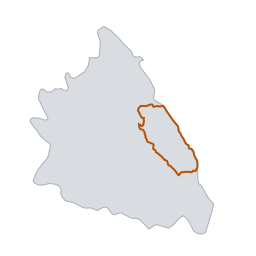 location of West Bosnia within Bosnia and Herzegovina, rotated 190°
{"feature_id": "BIH-2224", "entity_name": "West Bosnia", "entity_type": "Canton", "adm_level": 1, "iso_a3": "BIH", "parent_name": "Bosnia and Herzegovina", "parent_adm1": "", "projection": "orthographic", "projection_center": [16.924, 43.992], "detail": "fine", "context": "in_parent", "style": "outline", "palette": "amber", "viewbox_px": 256, "rotation_deg": 190, "n_neighbors": 0, "source": "natural_earth", "source_scale": "10m", "svg_char_len": 3439}
<svg xmlns="http://www.w3.org/2000/svg" viewBox="0 0 256 256"><g transform="rotate(190 128 128)"><path d="M211.7,58.4L212.2,60.0L211.2,65.6L209.3,71.5L206.0,77.8L202.5,83.7L201.6,86.8L201.5,91.7L201.2,95.6L201.7,97.7L203.0,99.6L207.0,101.1L212.6,104.8L217.4,109.7L223.5,115.2L225.4,117.3L225.5,119.6L223.8,121.4L218.7,122.2L213.4,121.8L211.4,121.3L209.5,122.0L208.4,123.4L209.0,124.9L214.7,131.7L221.3,141.5L221.8,145.8L221.1,149.2L219.7,151.6L217.1,151.3L215.0,149.5L212.0,149.7L209.6,150.3L206.6,154.0L205.1,153.9L202.4,154.5L200.8,155.3L198.1,154.3L195.3,153.7L194.1,154.8L193.7,156.9L195.5,160.7L198.9,166.7L198.5,171.3L196.0,171.8L193.6,168.1L191.6,167.5L189.3,167.7L184.2,172.2L180.4,176.0L179.6,178.7L178.2,181.6L177.9,183.6L178.1,190.5L171.1,191.7L169.7,192.7L168.9,194.8L169.6,203.6L170.3,208.3L174.4,215.6L174.6,217.9L174.0,219.4L171.2,222.3L169.9,223.4L169.0,223.8L164.3,221.9L162.0,221.1L152.6,214.8L148.4,211.2L141.8,206.7L137.8,204.0L135.7,200.0L132.5,199.1L128.7,200.4L124.4,197.6L127.4,196.0L128.2,194.6L127.8,192.7L126.4,190.2L114.8,179.2L109.2,171.7L108.2,169.0L108.1,161.8L106.8,160.0L98.4,156.8L89.0,147.4L79.4,138.2L78.1,135.6L73.2,128.7L67.2,122.3L62.4,118.3L58.5,113.6L54.2,107.2L52.0,97.5L50.1,88.9L48.8,85.5L46.0,84.3L37.6,74.0L30.5,67.9L30.7,61.5L32.0,50.9L33.5,38.8L35.3,37.1L38.5,36.2L42.3,36.6L45.5,38.1L51.8,46.5L55.5,49.8L58.6,51.1L62.2,47.6L66.7,40.3L70.6,36.4L83.5,37.9L89.9,32.2L100.2,39.6L104.5,40.7L106.9,39.7L110.1,40.2L117.4,42.3L119.1,43.2L121.2,43.0L126.6,40.1L128.4,40.4L134.6,46.0L137.7,46.1L141.3,43.6L143.7,41.4L150.7,42.9L154.8,41.9L158.1,41.7L161.7,42.7L165.1,43.9L168.3,45.0L177.0,45.4L181.3,48.9L183.0,52.4L183.1,54.5L183.6,56.8L186.0,59.0L191.3,60.1L194.6,59.7L196.4,59.5L200.8,57.4L206.0,56.2L209.9,57.3L211.7,58.4Z" fill="#d9dde1" stroke="#a8b0b8" stroke-width="1"/><path d="M62.4,118.4L61.8,118.4L61.4,118.1L60.8,117.6L59.8,116.6L59.1,115.4L58.0,112.6L57.2,111.3L55.1,108.9L54.2,107.7L53.3,104.6L52.9,102.4L52.8,101.3L53.0,100.6L53.5,99.4L53.7,98.8L53.8,97.7L54.1,97.5L54.7,97.2L55.9,97.4L56.6,97.1L56.9,96.5L57.6,95.4L58.8,95.4L60.7,95.5L61.8,95.1L63.5,94.9L65.2,94.3L67.7,93.7L68.5,92.7L69.6,90.6L70.0,90.3L71.6,91.6L73.0,93.1L75.2,94.9L78.3,97.0L79.7,98.1L80.9,98.1L81.7,98.4L82.3,99.3L82.9,100.6L83.9,102.3L85.7,102.9L86.6,103.0L87.8,104.1L89.8,105.6L92.4,107.1L94.8,108.5L96.3,109.1L97.1,110.6L98.3,111.4L99.5,111.7L99.8,113.5L99.8,115.8L100.6,116.7L102.0,117.0L106.7,117.8L106.7,117.7L107.0,118.7L107.9,120.3L108.8,121.3L109.2,122.0L109.2,123.0L109.9,124.1L110.0,124.4L110.5,124.9L110.7,126.4L111.3,127.0L112.2,128.0L113.1,128.9L114.3,128.9L115.8,129.0L117.2,131.3L117.5,132.4L117.5,132.6L117.8,133.6L116.3,133.1L115.4,132.5L114.1,132.6L113.9,133.0L113.6,133.7L113.5,135.1L113.5,135.6L113.5,137.0L113.5,137.9L114.1,139.0L114.1,139.8L114.1,140.6L114.6,140.6L115.4,140.5L116.8,140.9L117.6,142.3L119.2,144.3L119.9,145.5L120.5,146.0L121.2,146.8L121.2,147.2L121.2,147.9L121.0,149.4L120.3,150.4L119.6,151.7L118.5,152.1L116.7,152.4L115.3,152.5L114.1,152.6L112.4,153.6L111.2,154.4L109.4,155.2L108.0,155.2L107.4,154.6L107.1,153.7L105.9,153.3L105.0,154.0L102.7,154.7L100.1,154.7L99.6,154.9L97.3,156.0L95.6,154.5L93.1,151.6L85.0,143.3L79.4,138.7L78.6,137.6L78.2,136.0L78.0,134.9L77.6,133.8L75.5,131.9L73.9,129.5L71.4,127.0L70.0,124.8L69.4,124.0L68.6,123.0L67.7,122.3L65.5,121.5L65.1,120.7L64.9,119.6L64.2,118.5L63.7,118.3L62.4,118.4Z" fill="none" stroke="#b45309" stroke-width="2"/></g></svg>